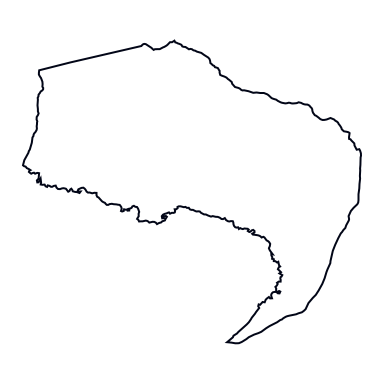 Naviraí, Mato Grosso do Sul, Brazil (Albers equal-area conic projection)
{"feature_id": "56859067B65358919178555", "entity_name": "Naviraí", "entity_type": "district", "adm_level": 2, "iso_a3": "BRA", "parent_name": "Brazil", "parent_adm1": "Mato Grosso do Sul", "projection": "albers", "projection_center": [-54.032, -23.101], "detail": "fine", "context": "isolated", "style": "outline", "palette": "ink", "viewbox_px": 384, "rotation_deg": 0, "n_neighbors": 0, "source": "geoboundaries", "source_scale": "gbopen_adm2", "svg_char_len": 5932}
<svg xmlns="http://www.w3.org/2000/svg" viewBox="0 0 384 384"><path d="M326.5,272.0L327.5,269.4L330.3,263.2L330.5,261.0L332.8,250.9L335.2,244.8L338.3,238.1L340.8,233.4L342.0,232.1L343.4,230.0L345.3,228.0L346.2,225.3L348.8,220.5L349.1,219.2L348.6,216.1L350.9,211.0L353.6,207.8L357.3,204.3L358.2,202.6L358.5,200.1L358.5,194.2L359.3,188.4L359.5,183.9L360.1,178.6L359.9,176.0L360.2,170.4L360.1,168.5L360.4,165.0L360.6,157.4L361.0,155.7L360.9,153.3L360.1,150.7L359.3,149.2L356.7,149.7L354.5,145.5L354.3,143.4L351.3,140.4L350.5,139.3L349.1,138.9L349.0,137.2L349.6,133.1L348.6,132.3L346.8,131.8L343.9,131.3L342.7,130.2L341.8,129.3L341.3,127.7L340.5,126.4L339.7,125.2L338.8,124.2L338.0,122.6L336.9,121.6L335.3,120.7L334.1,119.5L330.5,118.0L326.6,119.5L324.5,119.9L322.7,120.0L321.2,119.5L320.2,119.0L318.7,117.7L316.2,115.8L314.8,115.2L313.0,112.7L312.4,110.9L312.2,109.2L311.5,107.9L310.5,107.0L309.4,105.6L307.6,104.6L305.5,104.5L304.2,104.3L302.6,103.7L301.2,102.9L298.6,102.3L297.4,102.9L296.3,103.2L292.7,103.5L291.2,103.3L290.1,102.9L288.8,102.7L287.0,103.2L285.3,103.4L282.1,102.8L280.6,102.3L277.7,100.8L276.3,99.7L273.3,98.8L271.6,98.1L268.4,95.1L267.2,94.3L263.9,93.0L260.2,93.0L256.6,92.5L253.2,92.8L248.5,91.2L244.2,90.3L242.4,90.4L241.1,89.8L240.1,88.8L238.6,88.0L235.0,87.0L232.2,83.8L231.7,82.0L229.1,79.8L227.9,79.0L226.5,77.6L224.5,76.6L221.9,75.7L220.2,74.9L219.6,72.6L219.6,70.8L218.7,69.6L218.0,68.2L216.6,67.6L215.0,67.2L214.2,65.9L212.7,65.2L211.8,64.2L210.4,63.1L210.1,60.9L209.6,59.2L208.3,57.6L203.9,54.8L201.3,52.9L196.8,51.6L195.2,50.7L193.4,50.3L191.9,49.2L190.2,48.9L189.0,49.3L185.5,47.0L183.5,46.8L182.3,46.4L181.4,44.8L179.4,43.9L177.8,43.4L176.5,42.7L175.3,42.4L174.4,40.7L172.1,42.2L170.0,42.2L167.5,44.8L166.5,45.6L164.3,46.9L163.0,47.4L159.8,49.1L154.9,49.2L153.7,49.9L152.5,48.9L151.4,47.8L145.9,44.2L144.7,43.9L143.4,44.1L142.2,45.0L141.4,46.0L70.5,62.4L39.2,70.3L38.9,72.9L38.9,74.6L40.0,76.6L41.0,78.0L42.4,81.7L42.6,84.1L42.4,86.7L43.2,88.0L43.1,89.4L42.2,90.5L40.7,91.5L39.8,93.1L38.6,94.6L38.4,96.5L37.7,97.8L37.9,99.7L37.5,105.3L37.9,109.0L37.9,111.4L38.6,113.4L38.0,115.0L36.7,117.0L36.6,119.6L37.3,121.3L37.0,122.7L37.0,124.0L36.7,126.3L36.9,128.4L36.6,130.0L35.4,132.1L34.1,133.5L33.6,134.7L33.4,136.1L32.5,137.4L31.8,142.8L29.8,149.6L28.8,151.2L28.4,152.8L24.3,160.2L23.0,165.3L24.1,166.2L25.6,166.6L26.8,168.1L28.9,169.1L30.4,170.1L29.4,170.6L28.9,171.9L30.2,173.0L31.2,173.7L32.4,173.1L34.0,172.7L35.1,173.7L36.6,173.1L37.7,172.9L39.1,173.2L38.6,178.6L36.9,180.4L37.3,182.4L38.6,182.3L40.6,178.5L41.1,182.6L40.7,184.5L42.4,184.8L44.6,184.6L45.6,186.3L47.1,186.9L47.8,185.4L49.6,185.9L51.0,186.8L52.2,186.8L53.8,185.9L55.7,185.6L56.5,187.6L58.0,189.0L60.0,189.1L62.0,188.4L63.3,188.2L64.7,188.4L66.0,188.8L68.2,191.7L69.4,191.1L70.2,189.5L71.3,188.7L72.2,189.8L72.8,191.3L75.0,191.9L77.0,192.1L79.5,193.0L80.6,191.5L78.8,191.6L77.8,190.6L78.4,189.3L81.5,187.9L83.4,187.7L84.7,188.7L85.6,189.8L86.6,191.6L88.0,192.6L89.6,192.5L92.2,193.3L94.3,192.8L96.5,192.9L96.5,195.3L97.3,196.9L98.5,197.4L99.4,198.4L102.0,201.3L103.4,202.2L104.9,202.8L105.7,203.9L106.8,204.9L108.2,204.9L109.6,204.1L111.9,203.8L113.6,204.2L116.5,204.4L117.9,204.7L119.7,204.9L120.5,205.9L121.3,207.1L121.7,208.8L121.0,211.0L122.1,211.5L123.7,211.0L124.1,209.3L126.1,209.8L127.6,209.2L127.7,210.6L129.2,210.5L129.3,208.7L130.5,208.4L131.6,207.8L132.4,206.4L133.9,205.8L135.3,206.8L137.0,207.0L138.1,208.7L139.2,211.9L138.6,213.8L138.7,216.3L137.7,217.8L137.1,218.9L138.3,219.8L139.1,221.5L140.9,221.3L142.7,221.3L145.8,220.6L147.1,220.9L148.2,221.5L149.3,222.6L152.6,221.8L154.3,221.9L155.9,222.7L157.0,224.1L158.6,223.2L159.7,222.8L161.0,222.5L162.3,221.3L164.9,220.4L165.5,219.0L166.9,216.8L165.9,216.0L163.8,216.3L163.9,218.1L162.2,218.3L161.8,216.2L163.0,214.7L164.6,213.9L166.5,213.4L167.8,212.8L169.0,212.4L170.0,213.7L171.9,212.8L173.6,212.9L174.8,212.4L175.1,210.9L174.7,209.3L176.3,209.2L177.6,208.2L177.5,206.9L178.9,206.3L180.5,206.3L183.9,207.2L185.4,206.9L187.0,207.9L188.8,207.8L189.8,209.3L191.4,209.9L193.0,209.9L195.6,211.2L196.8,211.5L198.1,211.3L199.8,211.5L201.0,212.8L204.0,214.4L206.0,214.5L208.0,215.5L211.0,216.6L212.7,216.1L215.7,216.8L217.8,216.9L219.8,217.7L221.5,219.0L223.0,219.1L224.8,218.1L226.1,220.1L227.9,221.2L229.3,221.5L230.9,221.1L232.8,221.2L233.3,222.4L233.5,224.3L234.0,225.8L235.2,227.2L236.4,227.6L238.1,227.3L238.9,229.0L240.2,228.1L241.4,228.7L242.9,229.1L244.3,228.5L247.7,228.8L248.7,229.6L247.8,231.0L249.3,232.0L250.5,231.6L251.7,230.4L253.2,229.9L254.5,231.0L254.5,232.3L252.2,233.8L253.1,234.7L254.2,234.7L258.0,235.3L259.5,235.8L260.5,236.4L261.6,237.5L263.3,236.8L264.4,237.4L266.6,240.4L268.0,241.1L269.2,242.2L270.2,243.9L269.8,246.2L268.9,248.2L269.5,249.7L270.2,250.9L272.7,254.3L271.3,254.0L271.4,255.5L272.3,257.2L272.1,258.8L273.8,259.2L273.8,261.1L275.4,261.2L277.1,262.5L278.3,261.8L279.0,265.1L280.1,266.5L278.9,267.1L277.9,269.2L279.6,270.8L281.0,272.2L279.4,273.4L282.3,275.1L281.5,276.6L280.5,277.2L280.3,278.6L280.7,279.9L280.6,281.6L278.7,281.6L277.0,282.8L277.7,283.9L276.8,285.6L275.4,286.9L276.2,288.4L276.1,290.0L276.4,292.0L274.6,291.9L272.9,292.3L271.9,293.3L271.3,294.4L271.2,295.8L272.0,298.3L270.1,298.4L268.9,297.0L266.9,298.5L265.7,299.7L264.7,302.3L262.6,302.0L260.1,304.8L258.7,304.4L258.2,306.2L259.2,308.0L256.0,312.1L255.0,313.7L251.8,317.7L250.9,319.3L248.9,322.2L246.8,324.4L238.3,332.0L237.0,333.5L233.5,335.7L232.9,337.3L227.1,342.2L231.3,342.6L235.4,343.3L238.9,343.2L241.7,342.0L246.4,339.1L248.8,337.2L254.1,334.6L258.4,333.1L261.3,331.8L266.2,328.2L269.7,326.0L277.2,322.2L280.3,320.0L281.9,319.5L283.2,318.3L285.7,316.8L287.2,316.2L289.2,315.7L296.1,314.3L298.5,313.3L301.9,312.3L303.8,310.9L305.6,309.2L308.5,303.0L312.9,297.8L315.8,294.9L318.7,290.4L322.3,283.9L324.6,278.3L326.5,272.0ZM276.4,292.0L277.8,291.7L279.1,291.0L280.3,291.6L279.5,293.4L277.9,293.3L276.4,292.0Z" fill="none" stroke="#020617" stroke-width="2"/></svg>